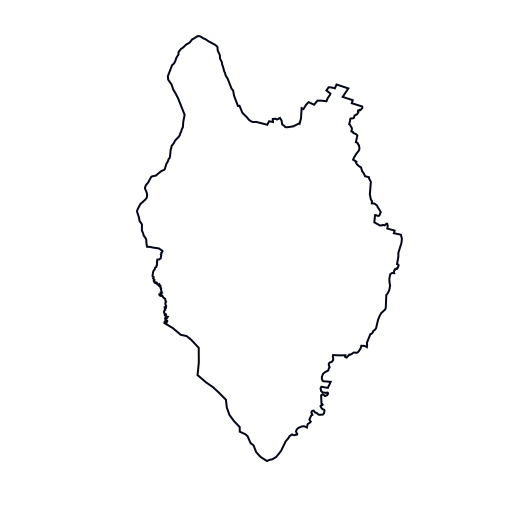 outline of Ineu, Bihor, Romania, rotated 288°
{"feature_id": "2599482B62282077307235", "entity_name": "Ineu", "entity_type": "district", "adm_level": 2, "iso_a3": "ROU", "parent_name": "Romania", "parent_adm1": "Bihor", "projection": "mercator", "projection_center": [22.104, 47.099], "detail": "fine", "context": "isolated", "style": "outline", "palette": "ink", "viewbox_px": 512, "rotation_deg": 288, "n_neighbors": 0, "source": "geoboundaries", "source_scale": "gbopen_adm2", "svg_char_len": 6141}
<svg xmlns="http://www.w3.org/2000/svg" viewBox="0 0 512 512"><g transform="rotate(288 256 256)"><path d="M203.6,389.6L205.3,389.3L207.7,388.3L217.1,388.9L217.7,389.9L218.8,390.5L220.9,390.7L222.5,391.9L224.5,392.5L233.0,391.8L237.2,392.1L240.5,392.8L245.1,395.4L246.9,395.4L259.1,392.0L260.8,392.7L264.7,393.3L269.2,392.7L272.5,391.0L275.3,389.9L280.1,389.3L281.8,390.6L282.4,392.6L283.0,392.1L284.9,392.0L285.1,392.3L286.5,392.3L286.9,393.5L287.4,394.0L287.8,393.8L288.0,394.2L288.7,394.5L289.7,394.4L289.9,394.6L291.3,394.5L291.8,393.9L291.9,392.6L299.4,391.6L303.0,390.4L313.5,390.3L317.6,389.4L319.5,388.1L320.8,387.5L320.9,385.9L320.3,380.1L323.0,380.0L322.7,372.4L325.3,372.0L327.2,370.9L327.2,370.3L326.4,369.6L325.4,369.4L324.9,368.9L324.8,367.1L324.1,366.6L323.9,366.2L323.9,365.5L323.3,364.6L324.6,358.1L331.7,356.6L331.9,357.6L331.8,359.4L332.1,360.4L332.6,360.8L336.2,361.1L338.9,358.2L339.9,356.7L340.6,356.4L341.4,355.4L342.5,352.4L341.8,349.9L344.1,349.3L345.3,347.7L349.9,345.2L362.1,342.3L364.4,339.8L365.8,339.1L365.6,335.0L367.6,333.3L369.5,330.7L372.6,328.6L373.2,326.4L374.3,323.8L375.8,322.1L376.7,322.3L377.6,318.6L379.9,318.8L383.8,319.7L387.6,321.1L389.7,321.3L391.0,320.8L393.2,319.6L393.6,318.7L394.9,317.8L395.1,315.8L401.8,315.2L402.8,313.8L403.1,310.6L403.8,310.0L404.0,308.2L406.5,308.0L407.5,307.4L410.0,304.5L410.1,303.9L413.5,303.7L415.5,303.3L416.0,303.5L416.8,305.5L417.7,306.4L420.0,306.3L422.0,308.3L424.8,309.0L425.0,308.9L425.1,308.3L425.9,308.1L426.2,308.7L427.0,309.2L426.9,310.1L429.3,311.3L430.3,311.2L431.0,310.8L430.9,299.9L434.1,299.8L434.1,289.3L443.9,292.0L444.0,279.6L439.8,279.2L439.6,275.4L438.9,272.9L435.2,271.8L433.5,276.6L431.8,276.5L428.3,275.4L425.0,275.2L423.8,269.6L422.7,266.4L417.8,264.5L418.6,258.5L415.3,256.9L410.4,255.7L410.7,253.7L401.0,256.2L395.3,256.6L395.5,256.1L390.8,251.4L387.9,245.5L387.7,244.0L388.6,242.3L389.2,240.3L392.8,238.4L394.7,236.1L392.7,234.3L392.3,233.7L392.5,231.9L391.5,229.6L388.7,230.7L388.2,226.8L384.3,226.2L383.6,214.9L382.6,212.0L382.4,210.4L383.3,207.3L385.1,204.5L387.5,199.7L388.3,198.5L393.8,193.9L393.1,192.5L393.8,191.9L401.8,185.5L405.8,183.4L406.6,182.7L407.6,181.0L415.8,174.3L418.4,171.3L420.5,170.0L421.8,168.7L426.0,166.0L427.4,164.8L429.8,163.6L432.6,160.8L435.9,159.5L439.6,156.1L443.1,154.6L444.2,151.9L445.5,144.6L446.5,141.2L446.8,138.3L447.5,136.1L447.6,134.5L447.3,133.2L446.9,132.3L444.1,130.2L442.4,128.4L438.8,127.1L436.7,125.5L435.8,124.4L431.5,122.1L430.0,120.8L426.7,119.5L425.5,119.4L423.8,120.0L419.9,119.0L416.4,119.0L414.0,118.6L411.4,117.2L399.7,116.6L396.6,118.0L393.0,122.7L388.3,126.2L386.3,128.7L382.0,133.1L368.2,144.5L360.9,145.4L355.7,146.7L354.0,146.3L350.7,146.4L349.2,146.0L347.5,146.2L345.5,145.7L340.9,143.4L337.8,142.9L334.5,141.7L332.8,142.1L331.8,141.9L329.8,142.2L323.9,143.5L322.3,143.5L320.9,142.9L319.1,143.0L315.9,142.3L310.4,142.4L309.4,141.9L307.9,140.1L306.6,139.1L301.5,135.9L299.5,132.4L298.9,131.9L292.5,130.7L289.3,129.4L287.0,129.3L286.0,129.5L282.7,132.3L281.0,133.3L279.2,133.9L277.6,134.1L275.2,133.2L269.7,130.0L264.6,129.1L262.6,128.9L261.4,129.2L257.1,132.3L253.2,134.6L251.1,137.5L250.2,138.0L245.2,139.5L242.1,142.1L240.9,142.7L238.6,145.7L237.6,146.6L234.4,147.8L231.1,149.5L231.7,151.4L232.4,156.8L233.2,161.3L232.0,165.4L231.3,165.7L229.6,164.9L229.1,165.4L227.7,165.1L227.3,165.7L224.3,166.1L222.5,164.6L222.1,163.3L219.7,163.6L219.6,163.9L216.6,164.6L216.2,164.3L214.9,164.6L213.7,163.7L211.6,163.8L210.7,163.2L208.9,163.1L205.3,163.7L204.7,164.0L204.1,164.9L204.2,165.2L203.2,165.5L202.9,165.3L202.8,165.7L202.0,166.1L201.8,166.7L201.2,166.3L200.7,166.4L200.3,167.0L199.7,167.4L199.6,168.0L200.0,168.2L200.0,168.6L199.2,168.6L199.2,169.2L199.8,170.0L198.7,170.8L198.8,171.3L198.6,171.3L198.4,171.7L199.4,172.7L199.0,173.1L197.9,172.7L197.6,173.0L197.9,174.3L197.1,174.4L196.7,174.7L196.7,175.2L195.7,175.4L195.6,175.9L194.3,176.2L193.0,177.2L192.4,177.3L192.1,177.7L191.7,176.8L190.6,177.7L189.7,176.9L189.8,176.0L189.4,175.9L188.7,176.8L188.6,178.0L189.2,179.1L189.1,179.4L187.9,180.6L187.2,182.8L185.7,183.5L184.8,184.6L183.4,184.3L182.0,184.8L180.9,185.6L180.6,186.1L179.7,186.0L178.8,186.4L178.5,186.1L179.3,185.4L179.0,184.9L176.7,186.3L176.2,185.8L174.3,185.7L172.6,187.0L172.7,187.7L171.7,187.5L171.4,187.7L171.8,188.5L171.2,188.5L170.7,189.4L170.9,190.9L169.6,190.6L168.9,190.0L168.5,190.1L168.3,189.8L169.1,189.3L169.0,188.9L168.5,188.8L166.9,190.1L166.4,191.0L166.9,191.3L166.9,191.6L166.6,191.7L165.0,191.5L165.0,191.1L165.7,190.6L165.8,189.9L165.6,189.6L165.3,189.4L164.0,189.6L163.8,190.0L161.8,199.0L157.8,208.8L158.4,214.8L156.3,220.2L151.0,229.9L136.8,234.6L124.7,237.2L120.3,247.8L118.0,255.5L114.2,263.7L110.0,271.8L102.8,275.1L96.7,279.8L92.1,286.2L88.3,293.3L83.9,294.9L83.2,301.0L81.9,303.8L76.5,308.5L75.1,312.2L69.6,316.7L66.3,322.4L64.4,329.9L65.9,331.3L67.7,334.3L71.1,337.3L78.1,340.0L89.3,341.6L92.4,343.0L95.0,343.6L97.5,345.4L97.2,346.4L97.4,347.9L98.2,348.9L98.7,350.1L99.0,350.3L99.5,350.2L100.2,349.3L101.6,348.2L104.1,348.5L105.5,349.4L107.7,351.8L108.6,353.4L109.0,354.5L108.6,357.4L112.1,357.1L114.2,358.8L115.3,359.3L116.9,357.3L121.4,357.8L122.4,358.7L124.2,357.1L125.1,356.9L125.7,357.1L126.8,358.5L125.4,360.7L125.5,362.3L124.6,364.1L124.5,365.3L125.8,368.5L127.3,369.2L129.9,369.0L130.7,368.5L130.9,367.8L130.8,367.0L131.3,365.7L133.0,363.8L133.5,363.7L134.3,364.2L134.7,365.2L135.3,365.3L136.3,363.7L143.3,361.1L144.3,361.3L144.8,362.0L144.8,363.3L144.2,364.7L144.2,365.0L144.5,365.5L145.1,365.9L145.7,366.7L147.3,367.1L147.9,366.8L148.2,366.1L147.5,365.1L146.9,361.8L147.1,360.9L147.8,359.6L150.1,358.3L151.9,358.6L152.3,362.1L152.8,365.1L159.4,365.9L157.7,358.8L157.9,357.9L159.8,356.5L161.5,356.0L164.8,356.2L166.8,357.5L169.4,360.1L171.7,360.0L173.0,360.4L174.4,359.1L176.3,358.5L177.7,359.3L178.8,360.8L180.7,361.5L182.3,361.2L184.4,360.0L185.6,359.9L186.9,364.8L189.2,371.7L187.7,371.8L187.4,372.8L187.4,373.6L191.1,375.2L191.0,375.9L192.1,377.0L194.5,378.9L194.9,381.1L195.6,382.4L197.8,383.4L201.1,384.1L203.2,383.9L203.5,385.2L203.9,386.3L203.9,388.3L203.6,389.6Z" fill="none" stroke="#020617" stroke-width="2"/></g></svg>